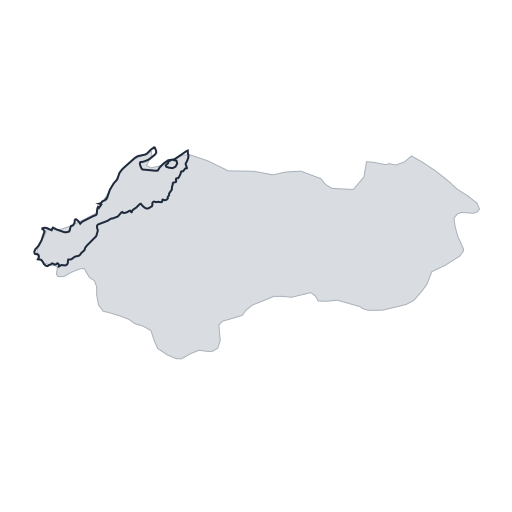 where Vlorë sits in Albania, rotated 92°
{"feature_id": "ALB-1504", "entity_name": "Vlorë", "entity_type": "County", "adm_level": 1, "iso_a3": "ALB", "parent_name": "Albania", "parent_adm1": "", "projection": "robinson", "projection_center": [19.787, 40.148], "detail": "fine", "context": "in_parent", "style": "outline", "palette": "slate", "viewbox_px": 512, "rotation_deg": 92, "n_neighbors": 0, "source": "natural_earth", "source_scale": "10m", "svg_char_len": 5041}
<svg xmlns="http://www.w3.org/2000/svg" viewBox="0 0 512 512"><g transform="rotate(92 256 256)"><path d="M157.9,148.9L158.3,141.5L160.2,129.9L159.1,126.1L160.2,119.4L156.6,110.6L150.6,104.2L156.4,92.9L164.9,79.3L172.7,68.5L182.2,57.2L188.6,46.4L195.4,37.1L201.2,34.3L204.1,36.2L205.7,40.3L205.3,52.3L207.3,56.5L211.4,59.5L219.9,58.0L229.4,55.0L242.1,48.7L244.3,49.1L249.0,52.4L258.9,66.9L265.5,79.7L278.3,84.2L285.5,89.1L294.8,96.7L299.3,104.4L305.7,127.7L306.4,141.8L304.6,148.2L303.1,149.9L297.4,172.8L298.8,184.5L298.8,192.2L293.9,195.2L290.7,200.0L296.0,219.2L295.4,227.3L295.7,236.6L305.2,257.9L310.9,264.5L315.9,267.7L322.4,287.3L326.2,290.7L341.8,288.8L349.4,291.0L352.5,295.7L353.2,298.8L352.2,309.8L356.1,318.3L361.4,327.0L361.4,332.3L358.0,341.0L351.8,351.1L343.5,355.0L334.4,358.3L330.1,366.2L327.9,374.6L323.8,380.8L321.3,387.6L317.5,401.6L316.6,406.6L310.4,411.7L300.8,413.8L292.2,414.2L286.4,416.6L283.5,421.4L278.0,425.2L274.7,426.9L274.8,431.2L278.8,440.1L283.3,447.4L283.4,453.2L281.2,454.8L274.2,454.1L272.7,456.2L271.9,462.7L270.1,468.2L267.2,471.6L262.2,475.3L253.0,474.1L244.3,468.5L239.8,466.8L237.2,467.0L236.5,453.4L232.8,442.8L219.1,417.5L174.6,393.0L164.2,382.0L159.6,372.7L155.0,364.0L159.4,363.7L163.8,366.0L169.3,368.6L171.6,364.2L169.2,354.7L157.8,332.4L157.0,326.2L162.6,307.5L171.9,286.6L171.4,261.1L174.3,242.0L171.1,229.5L169.6,214.2L176.4,194.0L182.2,188.9L185.8,182.5L186.1,160.9L173.0,150.8L157.9,148.9Z" fill="#d9dde1" stroke="#a8b0b8" stroke-width="1"/><path d="M273.4,452.8L273.2,452.8L272.0,452.6L271.0,453.0L270.2,454.1L270.5,454.7L271.2,455.3L271.6,456.5L271.4,457.2L270.6,459.0L270.5,459.5L270.8,460.0L271.7,461.0L271.9,461.5L272.4,462.8L273.0,463.4L273.4,464.2L273.0,465.8L271.4,467.7L269.1,469.0L267.3,470.6L266.9,473.9L265.8,473.3L264.8,473.0L263.8,473.0L262.8,473.3L261.8,474.3L261.7,475.4L261.8,476.5L261.3,477.3L259.4,477.7L256.9,476.7L253.5,473.7L247.9,470.9L243.1,469.5L239.0,468.2L237.0,469.4L236.7,469.5L236.6,470.4L235.7,470.4L235.1,468.2L235.5,465.7L237.4,461.2L235.3,460.4L234.7,459.9L236.5,456.1L238.8,448.7L239.0,446.9L238.2,443.8L236.9,443.0L235.1,442.8L232.4,441.9L232.2,441.5L232.2,440.9L232.0,440.3L231.6,439.8L229.9,438.9L228.7,438.4L226.6,438.4L225.7,437.8L225.7,436.8L227.5,434.7L228.7,433.6L229.9,432.8L227.8,430.9L222.1,420.6L221.3,418.8L220.5,417.2L219.5,416.6L215.6,416.4L213.7,416.1L212.4,415.5L213.3,414.6L210.0,412.4L209.5,413.4L209.4,413.8L209.2,414.6L208.8,413.2L208.2,412.6L207.5,412.1L206.7,411.4L206.5,410.9L205.6,409.1L204.6,407.7L204.2,408.0L203.0,406.8L195.0,404.4L188.3,400.7L184.4,397.4L177.6,395.3L173.6,392.4L162.1,380.4L160.8,378.4L160.2,377.2L158.6,370.6L157.7,368.8L153.5,364.9L152.0,363.0L151.8,362.5L151.8,362.3L151.1,362.0L151.1,361.0L154.3,359.5L156.3,359.3L158.2,360.5L162.5,365.4L163.6,367.0L165.2,370.5L165.9,372.7L166.1,374.7L167.3,375.3L169.8,374.8L172.3,373.6L173.5,372.6L174.3,359.3L174.0,357.1L170.9,355.4L166.7,351.5L163.4,347.1L162.8,344.0L163.6,344.9L164.0,346.0L164.3,347.2L165.3,347.0L166.2,347.0L168.5,349.4L170.0,348.7L170.8,345.9L171.1,342.4L169.6,339.6L166.4,338.0L163.5,338.8L162.8,342.9L162.0,340.6L153.6,329.1L153.0,327.9L156.0,327.6L158.0,327.0L159.7,327.1L161.4,327.5L164.0,328.4L165.9,329.5L167.1,329.4L169.9,328.2L170.6,328.1L170.9,328.4L170.9,328.8L170.8,329.1L170.9,329.5L171.3,330.1L172.1,330.6L173.4,331.4L173.9,331.9L174.0,332.5L173.9,333.0L174.2,333.7L174.8,334.0L175.9,334.1L177.1,334.5L179.9,335.8L180.6,336.3L181.0,336.7L181.0,337.1L181.0,337.6L181.1,337.9L181.4,338.5L181.9,338.7L182.7,338.7L183.6,338.4L184.2,338.4L184.7,338.6L185.0,338.8L185.0,339.0L185.0,339.3L185.2,339.8L185.6,341.3L186.0,341.6L186.6,341.7L187.7,341.7L188.6,342.1L190.3,342.4L192.5,342.4L195.9,344.6L196.7,345.0L197.2,345.0L197.7,345.0L198.2,345.0L198.8,345.3L199.5,345.9L200.1,346.2L200.5,346.3L200.8,346.2L201.1,346.1L201.6,346.2L202.0,346.5L202.8,347.3L203.2,348.1L203.4,349.4L203.3,350.2L203.2,350.6L203.0,350.8L202.8,351.0L203.0,351.4L204.8,351.7L205.3,352.0L205.5,352.5L205.5,353.4L205.4,354.9L205.2,355.3L205.3,355.8L205.6,357.4L205.6,358.2L205.4,358.9L205.2,359.4L205.2,360.0L205.5,360.6L206.2,361.2L207.1,361.5L208.3,361.3L209.9,361.7L211.8,364.6L212.3,365.7L212.4,366.6L212.1,367.9L211.4,369.2L210.4,370.5L208.6,372.3L207.8,372.9L207.9,373.4L208.3,374.1L211.9,377.5L214.0,380.4L214.6,380.9L215.0,381.3L216.5,381.7L216.6,381.8L216.6,382.0L216.2,382.5L215.3,383.2L215.1,383.4L215.2,383.9L215.5,384.5L216.5,386.0L217.1,387.3L217.6,389.1L217.6,389.9L217.4,390.5L216.7,391.1L217.0,391.7L217.3,392.2L221.3,395.4L223.5,400.5L223.6,401.9L224.2,403.0L226.0,405.5L227.1,408.1L229.7,414.3L230.4,415.4L231.4,415.9L233.0,415.9L235.3,415.2L236.1,415.0L236.8,415.1L239.9,415.9L240.7,416.0L242.0,416.6L251.5,425.4L253.6,426.9L254.9,427.4L255.6,427.4L256.3,427.8L259.0,430.6L261.3,432.2L261.9,433.0L262.7,436.0L263.1,437.1L264.3,438.7L265.4,439.9L265.9,441.0L266.1,443.5L267.6,443.8L269.3,443.8L270.2,444.1L271.1,444.6L271.8,445.5L272.1,446.6L271.8,450.2L273.1,452.1L273.4,452.8L273.4,452.8Z" fill="none" stroke="#1e293b" stroke-width="2"/></g></svg>